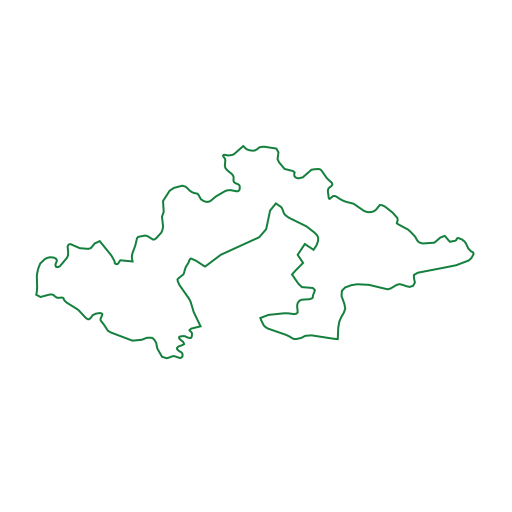 outline of Zagrebacka, rotated 185°
{"feature_id": "HRV-1588", "entity_name": "Zagrebacka", "entity_type": "County", "adm_level": 1, "iso_a3": "HRV", "parent_name": "Croatia", "parent_adm1": "", "projection": "robinson", "projection_center": [16.033, 45.768], "detail": "fine", "context": "isolated", "style": "outline", "palette": "green", "viewbox_px": 512, "rotation_deg": 185, "n_neighbors": 0, "source": "natural_earth", "source_scale": "10m", "svg_char_len": 5113}
<svg xmlns="http://www.w3.org/2000/svg" viewBox="0 0 512 512"><g transform="rotate(185 256 256)"><path d="M129.6,235.4L140.9,237.1L152.5,236.7L158.3,235.3L164.4,232.5L167.4,228.8L167.3,223.5L163.8,216.0L162.5,211.3L163.7,206.8L165.8,202.5L167.3,197.8L167.8,191.7L167.3,180.3L172.6,180.4L193.7,181.8L199.9,180.8L203.8,178.3L208.9,176.7L211.3,176.7L213.0,177.4L215.5,178.7L219.4,180.1L238.0,184.8L240.3,186.0L242.2,187.5L245.0,192.0L246.3,194.6L238.5,198.4L222.9,201.4L218.6,201.7L213.1,201.4L210.7,202.1L209.6,203.4L209.8,205.3L210.3,207.5L210.7,210.1L210.4,212.6L208.8,215.3L206.4,216.5L199.0,217.6L196.9,218.5L196.0,219.2L195.8,220.4L195.8,221.6L194.3,227.1L195.0,227.8L196.7,229.1L207.5,229.0L211.3,232.0L218.5,240.7L215.3,245.0L208.5,253.2L214.6,260.8L208.4,272.2L199.2,267.2L196.7,271.8L195.7,275.4L195.5,277.5L195.6,279.3L196.1,280.5L196.4,281.2L197.7,282.6L199.9,284.5L208.3,289.9L226.8,297.1L228.8,298.3L230.6,299.5L231.9,301.0L232.7,302.6L233.4,304.2L234.3,305.9L235.6,307.2L240.8,310.1L245.9,302.5L248.2,283.6L254.4,275.0L291.1,254.2L305.7,241.1L306.7,241.4L315.2,246.0L320.4,247.8L321.2,247.5L321.8,246.4L322.7,243.4L324.7,239.5L324.9,239.1L325.6,236.5L326.2,233.1L326.4,232.1L326.9,231.2L331.5,226.8L332.2,225.8L331.6,223.7L329.8,220.5L318.9,207.5L317.2,204.8L313.2,194.8L305.1,181.1L314.0,178.1L314.9,177.3L315.8,176.4L315.6,176.0L315.2,175.6L313.5,174.3L313.1,173.4L312.9,172.3L313.0,170.1L313.4,169.2L313.7,168.7L314.3,168.6L315.2,168.6L316.5,168.7L317.7,169.1L319.5,169.8L320.5,169.9L321.8,169.8L324.7,169.2L325.5,168.5L325.5,167.6L324.7,166.6L323.8,165.8L321.1,164.1L320.6,163.4L320.0,161.9L321.1,161.1L325.6,158.9L326.6,157.7L326.6,156.6L325.8,155.6L324.9,155.0L323.8,154.3L322.2,153.7L321.3,152.9L320.6,151.8L320.5,149.6L321.3,148.4L322.4,147.8L323.7,147.9L328.1,149.0L329.3,149.1L330.3,148.9L334.5,146.9L335.7,146.5L336.1,146.4L336.6,146.5L340.8,147.4L345.5,154.1L346.4,155.6L347.7,160.3L348.5,161.8L349.6,163.2L351.3,164.8L352.2,165.3L354.2,165.4L357.6,165.0L362.5,162.6L371.7,160.9L393.7,167.1L397.0,168.6L401.8,174.7L404.2,177.2L404.9,178.0L405.3,178.8L405.4,179.6L405.2,180.5L404.5,182.4L404.0,184.6L404.7,185.3L406.5,185.6L410.5,184.6L412.6,183.4L413.7,182.6L414.7,180.8L415.3,179.9L416.1,179.0L416.9,178.4L418.1,178.4L419.8,179.2L427.4,186.0L429.2,187.3L440.6,193.1L442.5,194.6L443.7,196.0L444.1,197.2L444.9,197.6L446.1,197.7L448.6,197.1L450.5,197.1L452.9,198.3L454.1,199.4L456.0,199.9L458.3,199.6L467.1,196.4L471.5,198.2L471.2,202.0L471.3,205.6L472.6,217.3L472.5,219.6L471.9,224.3L470.3,229.7L466.1,234.5L463.8,235.9L461.2,236.8L457.3,236.8L455.1,235.9L454.0,234.5L454.2,232.7L454.9,230.9L455.0,229.1L454.1,227.7L452.4,227.6L450.5,228.7L444.1,237.8L443.3,240.4L443.5,243.5L444.5,249.1L443.7,251.0L441.9,251.7L432.1,248.4L423.5,248.5L421.1,249.6L417.8,254.4L413.0,257.2L400.2,244.0L396.7,238.9L396.0,236.6L395.2,235.9L394.1,235.7L393.4,235.9L392.8,236.3L392.5,236.8L391.2,239.3L390.7,239.9L378.5,239.8L379.3,242.6L379.6,244.2L379.6,245.9L379.3,248.1L377.2,255.7L376.1,263.1L375.9,263.7L375.2,264.6L374.0,265.1L368.3,266.7L367.4,266.6L365.3,266.1L360.1,263.4L358.7,263.6L357.1,264.8L352.4,271.0L351.5,273.6L351.1,277.1L353.1,287.0L351.8,291.8L353.4,302.7L347.7,313.5L343.7,316.7L335.6,319.6L332.4,319.0L329.9,317.3L327.8,315.4L325.5,314.1L323.5,313.4L320.5,313.1L319.2,312.6L318.2,311.3L315.8,307.7L312.7,306.1L310.4,305.6L308.7,305.7L306.8,306.4L305.7,307.3L300.8,312.1L292.2,318.1L290.0,319.0L287.1,319.4L280.6,318.7L279.1,319.3L278.2,320.6L278.1,322.4L278.4,324.4L279.2,325.4L280.3,326.0L283.0,326.8L284.4,327.8L285.0,329.1L285.1,331.8L285.4,333.3L286.2,334.5L287.3,335.6L292.4,339.1L294.2,341.1L294.9,343.1L294.9,348.6L295.3,350.1L296.4,351.3L297.0,352.0L297.6,353.1L297.0,353.8L296.2,354.1L292.4,353.7L288.7,354.5L286.7,355.6L278.3,364.4L275.5,362.1L274.2,361.4L271.9,360.8L268.9,360.6L266.6,360.9L264.3,362.4L262.0,364.6L257.7,365.6L245.1,364.8L242.7,361.3L242.8,356.8L243.0,355.4L242.9,354.3L241.2,351.3L235.1,345.2L226.8,343.9L225.9,343.4L224.8,342.6L225.0,341.4L225.0,340.0L224.6,338.8L223.7,337.9L222.3,337.3L220.7,337.0L216.3,338.4L208.2,346.8L204.3,347.7L201.2,348.1L199.6,347.8L198.4,347.1L192.7,340.3L191.0,338.7L186.7,335.4L186.2,333.6L187.1,332.1L188.8,330.7L189.9,329.0L190.1,327.1L188.6,320.2L188.2,319.5L187.6,319.3L184.7,322.1L183.9,322.6L182.4,322.6L180.6,321.9L177.2,320.0L174.3,318.8L171.4,317.9L163.4,316.6L152.4,310.4L150.5,309.8L148.2,309.4L144.7,309.9L142.6,310.8L141.0,312.1L140.0,313.2L137.2,317.5L134.9,317.6L131.7,316.4L123.8,311.2L118.7,306.4L118.1,305.0L118.0,304.1L118.2,302.9L118.6,301.7L118.5,300.8L116.9,299.9L106.7,295.5L103.6,293.1L99.1,289.1L96.8,285.6L95.4,284.3L93.8,283.5L90.9,283.0L79.5,284.8L74.0,290.4L69.7,292.5L64.8,287.7L63.9,287.0L62.8,287.5L59.2,288.4L57.8,289.4L57.4,290.9L56.2,291.6L52.3,290.4L49.6,288.7L48.0,286.9L45.1,281.9L42.2,279.4L40.0,278.5L39.4,276.9L39.7,276.2L41.3,272.6L43.8,270.0L55.9,264.2L64.1,261.8L93.5,253.4L93.7,253.2L97.1,250.8L96.6,247.3L95.4,243.4L96.9,240.0L100.2,238.6L103.5,239.0L106.9,239.9L110.4,240.5L113.3,239.5L118.9,235.5L121.8,234.3L129.6,235.4Z" fill="none" stroke="#15803d" stroke-width="2"/></g></svg>